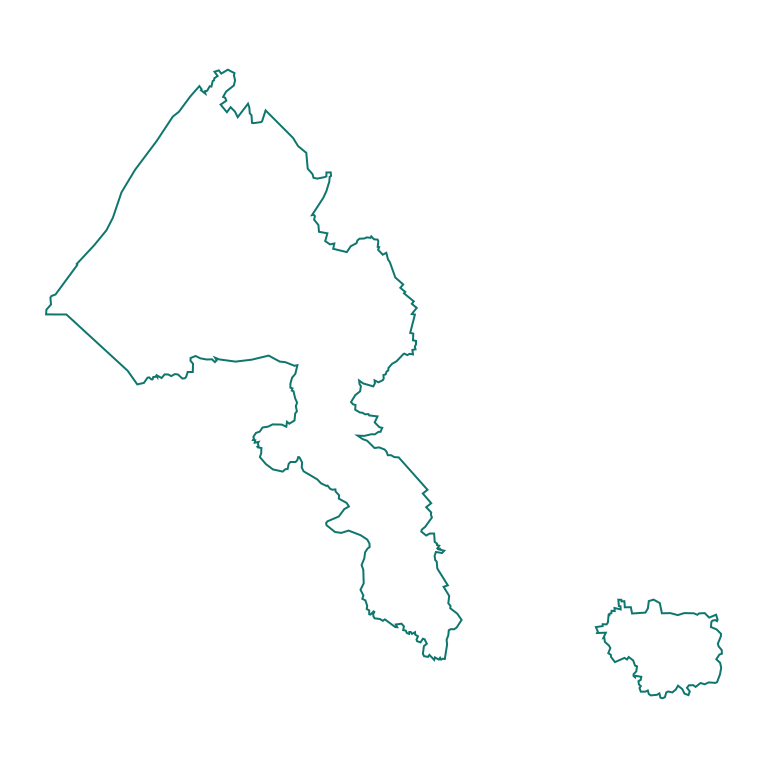 Chiconamel, Veracruz, Mexico (Mercator projection)
{"feature_id": "50627088B16194537288305", "entity_name": "Chiconamel", "entity_type": "district", "adm_level": 2, "iso_a3": "MEX", "parent_name": "Mexico", "parent_adm1": "Veracruz", "projection": "mercator", "projection_center": [-98.445, 21.244], "detail": "fine", "context": "isolated", "style": "outline", "palette": "teal", "viewbox_px": 768, "rotation_deg": 0, "n_neighbors": 0, "source": "geoboundaries", "source_scale": "gbopen_adm2", "svg_char_len": 6094}
<svg xmlns="http://www.w3.org/2000/svg" viewBox="0 0 768 768"><path d="M444.8,659.0L447.1,644.5L446.6,639.8L448.3,635.3L448.8,630.2L451.0,629.1L454.0,629.3L456.6,627.6L461.6,619.9L457.3,613.7L450.2,608.2L450.5,605.9L448.3,603.3L449.2,595.9L443.6,586.8L447.8,585.3L437.3,568.5L436.7,561.5L435.2,560.0L434.6,555.8L435.9,552.0L442.1,553.0L444.2,550.7L438.8,549.4L439.6,548.6L437.7,548.2L436.8,549.1L439.2,545.7L436.9,545.0L436.9,543.5L434.7,541.9L434.1,533.5L429.8,533.5L426.2,535.5L421.3,531.6L421.8,529.6L425.2,526.8L431.9,517.5L430.9,514.7L431.2,512.5L426.2,507.2L431.2,503.2L422.8,493.5L427.5,489.8L398.7,457.4L394.3,457.1L391.1,455.2L387.8,455.2L386.5,451.6L384.6,449.5L379.1,447.4L374.5,448.0L367.1,440.7L362.7,439.1L357.6,435.6L364.3,435.9L371.6,434.2L374.8,434.4L378.4,431.9L380.5,431.8L382.2,427.8L379.4,427.2L374.7,422.4L377.5,416.4L369.1,415.4L368.4,414.1L365.0,414.3L362.6,412.8L359.7,412.4L355.2,409.7L355.5,405.0L353.0,404.3L351.0,402.1L355.3,395.1L360.1,391.3L360.9,386.2L359.6,384.3L359.1,380.5L363.1,383.4L373.3,386.4L374.9,383.3L374.6,380.4L378.5,382.3L382.9,380.1L383.7,378.5L383.4,375.1L385.7,374.3L386.6,371.5L388.2,370.5L388.5,367.9L392.1,363.8L396.5,361.3L403.3,354.2L404.3,353.6L407.3,355.1L409.6,353.8L413.0,354.4L412.4,349.9L415.5,349.3L414.8,346.7L416.0,344.3L416.0,340.9L413.0,340.3L413.3,333.6L410.2,332.9L414.9,314.6L411.8,314.0L416.7,307.9L411.8,303.8L413.8,301.4L404.0,293.3L405.2,291.9L400.3,287.8L403.2,284.5L395.3,277.5L389.8,262.0L388.1,259.7L386.3,252.8L382.7,254.7L378.1,249.7L379.1,247.1L377.7,246.9L378.3,241.0L377.6,239.6L374.0,239.3L371.3,236.4L370.5,237.8L366.7,237.4L364.3,238.5L359.5,238.7L357.4,240.5L356.5,243.2L350.8,246.2L346.8,252.1L333.2,248.8L334.3,243.5L330.0,244.4L325.2,241.1L327.4,233.3L319.0,231.8L318.4,225.0L314.1,219.7L314.9,216.1L313.7,214.8L312.0,215.1L323.2,198.0L326.4,191.1L329.3,181.6L329.7,176.8L331.1,175.9L330.7,172.4L326.4,172.5L326.4,176.3L324.8,177.1L317.2,178.6L313.5,177.8L312.5,174.1L307.7,168.7L306.3,152.9L298.0,146.0L293.1,138.0L265.6,110.4L262.1,121.2L261.1,122.1L253.8,123.1L252.0,122.9L251.5,115.2L249.8,113.4L249.3,107.5L248.0,103.7L237.7,117.2L234.9,111.5L230.6,107.2L226.9,112.2L220.6,104.6L226.3,100.7L225.2,97.8L223.1,96.9L226.1,91.6L233.8,85.5L235.1,80.3L233.9,75.4L234.5,73.1L227.8,69.7L221.3,73.6L218.8,70.4L214.5,71.7L217.6,76.0L214.3,78.3L214.0,80.3L212.7,81.0L211.4,86.6L209.7,86.3L207.1,90.8L204.9,91.2L205.4,93.7L200.9,90.2L201.6,89.2L199.4,86.1L190.4,96.3L178.9,111.8L172.8,116.6L156.6,141.1L135.2,169.6L121.5,192.3L112.9,217.7L106.5,230.2L94.4,245.0L76.7,264.0L77.3,264.9L55.5,294.5L51.4,296.0L50.4,297.7L51.0,304.5L46.4,309.7L46.1,314.4L66.4,314.5L127.6,370.7L137.3,384.4L143.9,382.9L147.5,377.7L149.2,377.4L151.3,379.4L152.5,379.4L153.3,377.0L155.6,376.8L156.3,375.6L157.3,377.1L157.3,375.6L161.6,378.0L164.6,374.4L168.3,374.5L171.2,376.1L174.9,374.1L178.0,374.5L182.3,378.5L184.8,378.3L186.1,377.0L187.7,372.0L192.8,372.0L193.0,363.7L190.5,360.8L190.6,358.0L195.6,356.0L200.2,358.3L206.7,359.5L212.0,359.3L214.9,362.1L216.7,360.3L215.1,357.7L219.2,359.4L235.5,361.6L251.6,359.7L268.7,355.6L279.8,361.6L285.1,362.1L294.5,365.8L297.4,365.2L295.3,373.9L292.1,377.6L290.4,383.6L290.4,387.7L292.5,388.4L291.8,390.6L293.5,391.2L295.2,398.5L297.1,402.6L295.8,406.2L296.9,411.3L295.2,413.5L294.5,420.5L289.3,423.7L287.0,421.8L286.3,426.7L281.8,424.6L272.6,424.4L268.2,426.6L262.6,427.5L259.7,431.6L256.0,432.9L253.4,436.7L253.9,438.6L253.0,440.0L255.2,440.2L254.7,442.7L258.6,441.9L257.8,443.3L258.6,446.3L257.4,446.7L257.8,447.4L261.4,448.0L261.2,453.3L259.9,457.1L265.9,464.1L272.9,469.4L282.7,471.6L285.4,469.2L287.6,469.0L288.7,463.8L290.5,462.0L295.6,462.0L297.3,460.1L298.2,457.1L299.4,457.3L302.1,462.4L301.7,467.5L303.6,471.3L317.3,479.4L321.0,483.3L326.4,485.9L327.6,485.6L330.2,488.9L332.3,489.7L335.4,489.4L335.6,491.5L339.1,495.3L338.8,498.6L346.7,503.0L348.9,506.5L344.3,509.1L338.8,516.5L327.5,521.3L326.1,523.0L326.5,525.2L335.0,532.0L341.3,532.9L348.6,530.6L360.6,535.2L367.3,539.6L369.5,543.6L369.6,547.1L367.6,548.5L365.1,552.3L364.3,558.4L361.6,565.0L363.3,569.8L363.7,583.3L360.5,589.8L363.4,595.4L362.3,598.8L365.4,600.4L367.2,605.9L366.7,609.0L369.2,610.4L369.2,614.2L370.5,614.6L373.6,611.4L374.3,611.9L373.2,614.2L373.5,616.6L374.6,618.3L379.9,619.0L382.8,620.8L384.9,619.4L395.2,627.0L397.2,627.2L395.8,624.5L401.5,623.7L403.9,626.3L403.2,630.1L405.8,630.6L406.8,633.0L409.1,633.9L409.3,632.0L410.8,632.0L412.0,633.9L415.0,632.2L415.2,634.6L418.0,636.3L416.5,639.6L417.1,641.2L420.5,642.4L422.9,638.7L424.6,639.3L426.8,643.7L423.9,646.1L422.9,653.9L424.1,656.2L428.0,656.9L429.4,654.9L434.2,659.9L434.9,657.4L438.8,659.6L440.1,657.8L441.1,659.6L442.8,658.7L444.8,659.0ZM721.7,650.0L718.7,646.5L717.8,643.8L720.9,636.2L721.0,633.8L716.6,629.4L711.0,627.1L711.3,622.2L712.4,620.6L715.3,620.1L717.0,621.1L717.6,619.8L716.1,614.7L709.2,617.6L704.7,613.1L699.1,613.4L697.3,614.8L693.9,613.3L684.2,613.1L677.8,615.1L670.3,613.1L661.9,613.3L659.8,603.1L653.6,599.6L648.8,601.1L647.9,608.4L645.4,612.6L632.1,613.5L630.8,607.2L624.8,607.3L624.4,601.2L621.5,601.4L621.3,599.8L618.3,599.7L618.9,606.0L620.5,606.3L620.7,609.4L614.5,608.0L614.7,611.1L611.6,610.8L611.3,613.3L609.4,613.8L609.4,615.1L608.6,615.0L607.9,622.4L606.6,624.4L602.7,624.2L602.6,626.1L595.9,627.1L597.8,631.4L597.1,633.0L605.8,632.7L603.3,638.1L604.3,637.9L604.9,641.9L609.1,645.7L610.3,648.1L608.3,653.2L610.8,654.8L611.1,657.1L615.0,662.1L624.5,657.9L627.0,659.5L628.7,657.0L633.2,660.5L635.1,665.7L637.0,666.3L636.3,671.3L633.6,674.2L633.5,675.9L635.1,677.4L635.6,675.8L641.3,676.8L640.7,679.9L638.5,681.1L638.9,684.5L640.8,686.1L639.5,688.0L640.8,691.7L645.2,691.7L647.8,690.5L648.8,694.0L650.8,695.4L657.0,694.8L659.4,693.4L660.4,697.6L662.3,698.3L664.9,697.2L666.3,692.4L668.1,691.5L672.3,692.4L675.8,689.6L678.0,685.7L682.2,689.0L684.5,693.6L688.4,695.1L689.8,691.5L687.0,687.8L688.9,685.3L693.3,685.2L695.6,686.9L700.6,683.0L704.7,684.3L708.7,682.4L715.5,682.9L717.1,682.1L720.0,674.3L721.2,667.7L720.1,662.8L716.3,659.2L719.4,654.6L721.9,653.7L721.7,650.0Z" fill="none" stroke="#0f766e" stroke-width="2"/></svg>